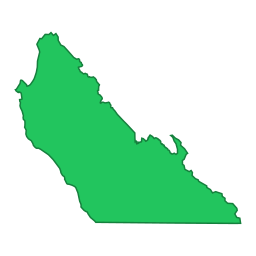 Monterey, California, United States of America
{"feature_id": "52423323B78495074223375", "entity_name": "Monterey", "entity_type": "district", "adm_level": 2, "iso_a3": "USA", "parent_name": "United States of America", "parent_adm1": "California", "projection": "equal_earth", "projection_center": [-121.197, 36.354], "detail": "fine", "context": "isolated", "style": "filled", "palette": "green", "viewbox_px": 256, "rotation_deg": 0, "n_neighbors": 0, "source": "geoboundaries", "source_scale": "gbopen_adm2", "svg_char_len": 4563}
<svg xmlns="http://www.w3.org/2000/svg" viewBox="0 0 256 256"><path d="M58.1,37.0L55.9,33.6L53.4,35.4L51.0,32.6L49.0,34.5L45.2,34.4L41.7,38.7L39.9,38.5L36.9,44.2L37.0,44.6L39.3,50.2L39.7,52.1L37.5,61.1L37.3,67.2L36.3,72.5L34.9,76.8L34.1,78.9L32.7,81.3L30.4,84.5L29.0,85.6L27.1,86.2L26.8,86.1L26.6,84.8L22.4,80.6L21.6,80.2L20.8,80.2L20.5,80.7L20.1,83.4L16.4,89.3L15.4,89.7L16.1,90.9L18.1,92.4L18.8,92.5L19.0,91.9L19.9,92.1L21.2,93.2L22.0,99.0L21.7,99.3L19.6,99.6L19.8,101.3L20.4,102.2L20.3,103.8L20.0,105.7L20.2,106.5L20.6,107.9L22.1,111.0L23.4,115.7L23.1,117.6L23.4,119.4L24.6,120.4L24.9,121.2L25.0,123.2L24.9,126.2L24.6,127.1L26.2,130.2L25.9,134.0L26.7,136.5L28.4,138.8L31.3,140.7L32.9,143.6L33.4,145.3L34.6,146.8L36.2,148.1L37.1,148.3L38.3,148.1L40.5,149.2L48.5,154.7L53.2,159.6L59.7,168.3L60.6,170.8L61.0,172.8L62.6,175.5L64.3,176.6L64.8,178.6L64.6,179.1L66.7,183.4L67.3,184.0L69.3,184.3L72.1,185.2L74.7,186.5L75.8,187.6L77.9,192.7L79.7,201.2L80.8,203.8L81.1,205.1L81.0,207.0L83.9,210.2L85.5,211.3L87.3,212.1L88.1,213.9L90.5,217.5L94.5,220.8L95.8,222.3L172.0,223.0L235.9,223.4L240.6,223.3L239.8,218.2L236.7,217.4L234.8,213.9L237.2,210.3L236.8,208.3L232.7,203.6L227.6,203.3L224.9,200.7L225.0,198.3L222.3,196.4L221.9,193.7L215.7,191.7L212.5,192.9L210.4,189.6L206.8,187.5L206.7,185.9L198.8,181.4L198.1,179.8L195.4,178.7L192.1,175.5L192.4,172.5L191.1,170.5L189.2,171.6L184.9,169.4L184.0,165.4L182.5,164.3L182.4,160.5L184.1,159.3L186.2,154.3L187.6,153.3L184.5,148.7L180.6,145.3L181.0,142.5L178.6,139.9L175.4,138.2L172.3,135.2L170.8,135.5L172.8,137.3L174.2,141.1L176.0,143.7L177.5,149.2L177.5,153.2L176.0,154.4L174.2,153.2L172.7,154.0L172.4,153.9L171.8,154.0L171.3,153.4L170.9,153.5L170.4,153.1L169.9,152.2L169.8,151.5L169.1,150.4L168.4,150.1L168.0,149.9L167.6,148.9L167.0,148.5L166.7,148.1L166.2,147.8L165.9,147.8L165.5,147.6L165.5,147.3L165.0,147.1L164.6,146.5L164.2,146.3L164.2,145.7L164.2,145.4L164.0,145.2L163.8,145.1L163.7,145.0L163.4,144.9L163.0,144.8L162.8,144.5L162.5,144.2L162.4,144.4L162.4,144.5L162.2,144.4L162.3,144.3L162.1,144.1L161.9,144.2L161.7,143.8L161.3,143.7L161.1,143.3L160.8,143.0L160.7,142.3L160.5,142.0L160.6,141.8L160.7,141.7L160.5,141.1L160.1,140.7L159.6,140.1L159.2,140.1L159.0,139.7L158.7,139.4L158.6,139.5L158.3,139.4L158.0,139.1L157.7,138.6L157.0,138.3L156.5,138.1L156.0,137.8L155.6,137.8L155.2,138.0L154.8,138.0L154.4,138.2L154.3,138.5L153.9,138.4L153.7,138.1L153.1,137.2L152.6,136.7L152.2,136.3L151.8,136.3L151.3,135.8L150.8,135.5L150.3,135.1L149.7,135.3L149.4,136.1L149.4,136.8L149.0,136.8L148.5,137.2L148.1,138.0L148.3,138.4L148.3,138.7L148.1,138.8L147.8,139.0L147.7,139.4L147.8,139.5L147.5,140.1L146.8,140.6L146.4,140.9L145.7,141.2L145.4,140.8L145.1,140.2L144.6,140.0L144.1,139.4L143.5,138.9L143.2,138.6L142.8,138.6L142.4,138.5L142.1,138.4L141.9,138.2L141.8,138.4L141.7,139.0L141.6,140.1L141.7,141.1L141.2,141.6L140.9,142.1L140.3,142.0L139.9,142.1L139.6,142.4L139.1,142.4L138.8,142.3L138.7,142.5L138.6,142.9L138.3,142.7L138.3,142.3L138.1,142.3L138.0,142.7L137.9,143.2L137.7,143.6L137.3,143.6L136.9,143.7L136.7,143.8L136.5,143.4L136.7,143.1L136.4,142.6L136.4,142.3L136.5,142.0L136.7,141.6L136.3,141.1L135.9,141.1L135.6,141.1L135.4,141.2L135.5,141.4L135.2,141.7L134.9,138.4L134.8,132.9L126.9,124.4L123.9,121.4L117.3,114.4L114.7,110.7L114.1,110.1L113.1,109.0L112.5,107.7L111.9,107.7L111.6,107.8L110.9,107.6L110.7,106.8L110.9,105.8L110.6,104.7L109.7,103.5L109.5,102.7L108.6,102.2L108.3,102.3L107.7,102.5L106.5,102.7L105.6,102.9L104.5,102.8L103.5,102.3L102.5,102.2L101.9,102.4L101.0,102.9L100.8,103.2L100.3,102.9L100.3,102.3L100.7,101.4L101.0,100.4L101.6,99.6L102.2,98.9L102.2,98.1L101.9,97.4L101.6,96.9L101.0,96.3L100.4,95.3L99.6,94.9L98.7,94.3L98.0,93.7L98.1,92.9L97.9,92.5L97.8,91.9L97.6,91.3L97.5,90.9L97.8,90.4L98.2,90.3L98.6,90.2L98.6,89.7L98.6,89.3L98.5,88.6L98.7,88.0L98.6,86.9L99.0,85.7L99.3,85.3L99.4,84.6L98.7,84.1L98.0,83.1L97.4,82.5L96.7,81.5L96.3,80.5L96.4,80.1L96.1,79.5L95.6,79.2L95.4,78.4L94.6,78.0L93.8,77.2L93.3,76.9L92.7,77.1L92.0,77.4L91.5,77.3L90.7,77.2L89.9,77.2L89.5,76.8L88.5,77.0L87.8,76.4L87.6,75.2L87.1,74.1L86.2,73.9L85.4,73.4L84.4,73.6L83.8,73.9L83.0,73.5L82.2,72.9L81.7,72.3L81.1,72.0L80.4,71.8L80.0,70.9L79.8,70.3L79.5,69.9L79.2,69.3L78.7,68.8L78.7,68.2L78.4,67.6L78.4,67.2L78.9,67.0L79.4,67.0L80.2,66.7L80.6,66.6L81.0,66.6L81.5,66.4L82.1,66.0L82.5,65.4L82.4,64.7L81.6,63.9L81.4,63.2L81.2,62.5L80.6,62.1L80.1,61.9L79.7,61.4L79.6,60.0L78.8,58.8L78.3,58.8L77.5,59.0L76.8,59.3L73.7,57.5L69.2,52.4L68.7,51.8L63.9,46.5L60.8,45.0L58.2,40.4L58.1,37.0Z" fill="#22c55e" stroke="#15803d" stroke-width="1.5"/></svg>